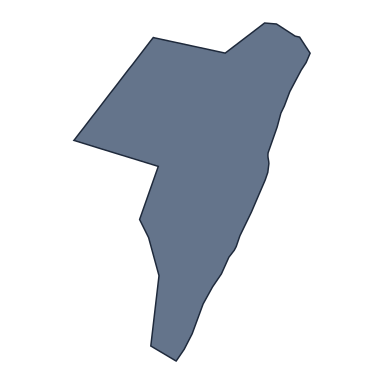 the Region of Mudug
{"feature_id": "SOM-2412", "entity_name": "Mudug", "entity_type": "Region", "adm_level": 1, "iso_a3": "SOM", "parent_name": "Somalia", "parent_adm1": "", "projection": "equal_earth", "projection_center": [47.931, 6.026], "detail": "fine", "context": "isolated", "style": "filled", "palette": "slate", "viewbox_px": 384, "rotation_deg": 0, "n_neighbors": 0, "source": "natural_earth", "source_scale": "10m", "svg_char_len": 900}
<svg xmlns="http://www.w3.org/2000/svg" viewBox="0 0 384 384"><path d="M73.9,140.4L75.5,138.4L77.0,136.4L80.3,132.1L83.7,127.8L85.2,125.8L88.8,121.1L92.4,116.4L96.1,111.7L99.7,107.0L103.3,102.3L106.9,97.6L110.5,92.9L114.2,88.2L117.8,83.5L121.4,78.8L125.0,74.1L128.6,69.4L132.3,64.8L135.9,60.1L139.5,55.4L143.1,50.7L146.7,46.0L150.3,41.3L153.3,37.5L155.1,38.0L155.7,38.1L225.2,53.1L264.6,23.0L276.5,24.0L295.1,36.1L299.6,37.1L310.1,53.2L306.1,62.6L301.2,70.1L289.8,91.6L284.3,106.1L280.9,113.1L277.2,126.9L268.1,152.8L267.9,155.0L268.0,157.2L268.7,161.4L268.9,163.6L267.8,172.4L265.2,180.0L258.9,194.6L251.4,212.1L239.9,235.8L236.2,246.6L234.3,250.2L228.9,257.2L221.4,273.9L212.6,286.8L203.1,304.0L192.2,333.7L184.2,349.3L176.2,361.0L175.7,360.8L150.8,346.0L159.0,275.7L148.6,237.6L139.6,219.5L158.3,166.4L130.1,157.7L102.0,149.1L73.9,140.4Z" fill="#64748b" stroke="#1e293b" stroke-width="1.5"/></svg>